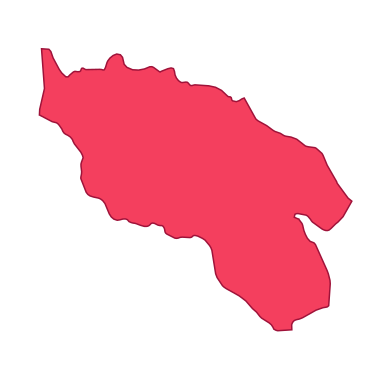 the Prefecture of Lobaye, rotated 184°
{"feature_id": "CAF-795", "entity_name": "Lobaye", "entity_type": "Prefecture", "adm_level": 1, "iso_a3": "CAF", "parent_name": "Central African Republic", "parent_adm1": "", "projection": "albers", "projection_center": [17.683, 4.256], "detail": "fine", "context": "isolated", "style": "filled", "palette": "rose", "viewbox_px": 384, "rotation_deg": 184, "n_neighbors": 0, "source": "natural_earth", "source_scale": "10m", "svg_char_len": 3098}
<svg xmlns="http://www.w3.org/2000/svg" viewBox="0 0 384 384"><g transform="rotate(184 192 192)"><path d="M349.6,258.2L349.7,263.8L346.4,284.9L352.1,324.4L344.7,324.4L342.6,322.3L339.9,316.0L332.9,304.9L330.2,301.6L325.9,298.1L323.7,298.2L321.8,300.5L318.7,303.5L317.2,304.2L314.3,304.0L312.4,304.3L311.6,305.0L310.9,307.3L310.3,307.9L309.1,307.9L307.2,306.9L306.2,306.7L292.6,307.9L290.8,307.9L289.2,307.5L288.0,307.8L287.0,310.2L285.8,315.3L285.1,317.0L283.2,319.9L280.2,322.7L276.7,324.4L273.0,323.9L270.7,321.5L268.6,314.7L265.6,311.8L259.8,309.8L253.8,309.9L248.1,311.4L242.8,314.0L240.7,314.2L239.0,313.6L233.0,309.8L232.2,309.5L231.2,310.2L224.7,313.3L221.5,314.3L219.1,313.8L217.9,311.1L217.1,307.7L215.5,304.6L213.3,302.2L210.8,300.6L209.3,300.5L206.0,301.2L204.5,301.2L203.4,300.5L201.7,298.7L200.6,298.1L199.4,298.2L197.4,298.9L196.5,299.1L182.6,299.1L175.8,298.1L169.6,295.4L163.3,290.2L162.6,289.7L160.2,289.5L159.4,288.8L158.7,286.6L158.0,285.8L154.1,285.2L151.3,286.4L148.8,288.3L146.5,289.4L133.5,269.4L132.4,268.5L130.9,267.5L122.1,263.4L115.5,259.2L113.5,258.2L108.0,256.7L104.2,254.7L103.2,254.4L102.3,254.2L97.0,253.7L91.6,252.1L90.8,251.7L82.1,245.8L80.9,245.5L79.0,245.2L72.4,244.8L71.2,244.3L65.1,239.6L64.5,238.8L63.7,237.5L59.0,228.1L48.4,212.3L48.1,211.5L47.7,210.7L35.9,196.8L31.9,194.0L39.6,177.9L44.3,172.2L46.5,170.2L50.7,165.4L52.6,163.6L54.1,163.0L55.7,162.9L57.6,163.3L59.6,164.1L69.7,170.4L70.9,171.6L72.0,173.1L74.6,175.8L75.9,176.6L76.7,176.9L84.8,177.9L86.5,177.6L87.8,176.9L88.2,173.9L84.4,172.6L83.5,172.5L83.1,171.7L80.1,168.3L79.3,166.6L77.7,161.4L76.0,157.7L73.7,153.9L70.7,151.0L66.8,149.8L65.2,148.2L51.7,123.0L50.3,119.9L48.2,113.5L47.7,110.1L47.7,88.1L48.9,86.9L50.0,86.5L53.3,85.7L60.0,82.8L72.9,74.3L74.9,73.3L76.5,72.6L77.7,72.3L79.5,71.7L81.0,70.9L82.2,69.5L83.0,67.8L83.3,66.4L82.8,61.5L96.8,59.6L98.5,59.9L100.8,60.9L101.7,62.6L103.5,65.0L105.7,66.7L113.7,71.0L115.6,72.6L119.3,76.7L123.5,79.9L130.7,87.1L137.7,91.7L151.1,98.0L153.5,99.4L155.1,100.7L161.0,108.4L162.7,112.1L168.1,135.3L169.3,137.8L170.8,139.9L175.6,144.9L178.2,146.4L183.1,148.4L185.3,148.8L187.0,148.8L188.0,148.2L188.7,147.4L189.5,146.8L190.8,146.4L198.6,146.3L200.7,145.9L202.4,145.1L204.1,144.7L205.9,144.8L214.2,148.3L215.4,149.2L216.1,150.3L216.7,152.8L217.3,154.3L218.5,155.8L219.6,156.4L221.8,156.3L223.7,156.6L227.3,158.1L229.1,158.3L230.5,157.8L231.4,156.7L232.3,155.7L233.2,155.1L234.2,154.7L235.1,154.5L237.3,154.4L241.1,155.2L245.4,156.5L246.8,156.8L248.6,156.9L250.7,157.3L252.8,158.1L254.5,159.9L256.6,160.5L259.1,160.2L262.0,159.2L264.6,158.6L268.1,159.5L270.8,161.5L273.0,164.4L278.0,174.4L280.5,177.2L282.8,178.7L284.8,179.4L289.8,180.1L293.5,181.0L295.7,182.3L297.5,184.3L303.8,197.6L303.9,199.0L303.5,202.3L303.5,204.6L304.5,209.8L304.7,212.1L304.3,214.2L303.0,218.6L303.8,220.9L305.6,223.9L312.7,231.8L314.2,234.3L314.7,235.5L315.4,236.5L317.2,238.4L319.8,239.9L322.3,240.9L323.9,242.0L325.2,243.7L326.2,245.7L329.0,249.2L330.4,250.6L332.0,251.6L336.4,252.4L349.4,258.1L349.5,258.2L349.6,258.2Z" fill="#f43f5e" stroke="#9f1239" stroke-width="1.5"/></g></svg>